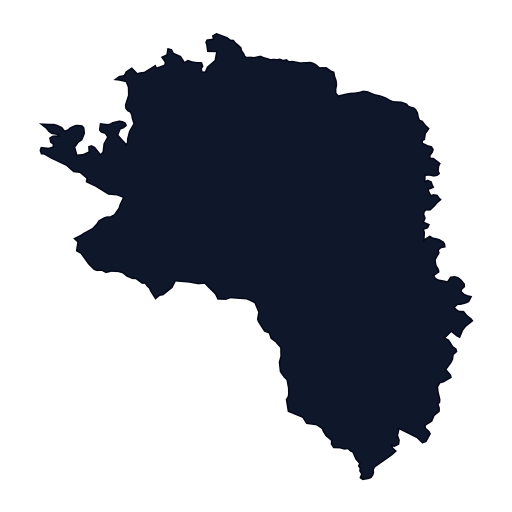 outline of Santo Antônio das Missões, Rio Grande do Sul, Brazil, rotated 271°
{"feature_id": "56859067B65449398596196", "entity_name": "Santo Antônio das Missões", "entity_type": "district", "adm_level": 2, "iso_a3": "BRA", "parent_name": "Brazil", "parent_adm1": "Rio Grande do Sul", "projection": "natural_earth1", "projection_center": [-55.409, -28.458], "detail": "fine", "context": "isolated", "style": "filled", "palette": "ink", "viewbox_px": 512, "rotation_deg": 271, "n_neighbors": 0, "source": "geoboundaries", "source_scale": "gbopen_adm2", "svg_char_len": 5077}
<svg xmlns="http://www.w3.org/2000/svg" viewBox="0 0 512 512"><g transform="rotate(271 256 256)"><path d="M471.1,229.6L471.2,226.6L473.7,223.2L477.5,212.6L475.2,208.9L472.1,210.0L471.0,203.3L468.8,202.3L466.2,203.2L459.8,204.2L459.8,213.3L450.7,211.8L443.9,204.2L438.9,202.2L438.9,198.8L442.3,197.9L444.8,199.4L448.2,198.1L448.3,192.6L448.9,188.5L450.2,184.5L448.0,181.1L454.1,177.0L457.2,169.7L460.7,167.9L461.6,164.4L455.5,163.5L453.1,158.5L448.2,162.1L445.2,161.5L441.9,153.1L444.5,152.0L437.5,141.2L437.1,137.6L436.1,134.0L441.6,128.5L437.8,123.1L434.0,121.2L433.0,116.3L430.0,112.3L429.7,115.6L428.2,123.2L422.6,125.6L414.4,125.9L404.8,123.0L401.3,123.4L399.0,125.4L397.8,128.0L394.5,129.5L391.8,129.9L386.1,131.8L378.4,127.5L370.8,125.7L367.0,125.6L365.0,124.3L374.5,115.5L380.7,117.9L382.0,121.3L384.3,123.9L386.7,122.7L387.9,120.1L388.4,117.0L386.7,110.3L385.1,107.7L384.7,105.2L385.4,98.2L379.3,97.5L377.3,99.1L376.1,103.2L372.4,105.8L365.5,102.2L357.3,101.4L354.3,98.8L358.9,95.0L361.8,92.6L363.2,89.5L362.4,87.0L357.1,87.4L354.3,81.5L353.6,75.1L361.7,72.7L366.8,76.3L369.1,79.7L375.7,82.2L381.1,81.5L383.0,79.7L383.3,76.3L383.3,73.6L382.3,71.3L380.9,68.3L378.6,65.7L377.4,62.4L381.0,59.5L383.1,54.7L383.9,51.7L383.9,45.4L384.1,39.0L380.2,44.2L377.1,46.7L375.0,49.7L374.2,55.5L372.5,57.0L372.2,50.9L370.3,47.9L366.2,48.8L364.5,51.4L361.5,51.4L359.9,46.9L360.6,39.4L357.8,38.5L354.5,39.7L354.4,42.4L350.2,50.1L343.4,65.1L337.3,72.2L336.6,78.7L330.9,85.7L327.3,85.2L323.1,94.6L315.4,107.4L314.8,116.2L312.3,122.7L304.9,119.3L301.5,118.4L294.7,113.8L292.3,109.5L292.4,106.7L291.5,103.8L288.5,98.6L285.0,96.3L280.6,92.4L275.4,83.2L273.9,81.2L270.2,74.2L267.0,77.8L258.1,76.6L255.7,81.1L245.2,88.9L239.8,94.5L238.9,97.1L239.1,102.2L237.0,106.4L238.4,111.5L238.2,118.6L237.0,123.2L233.7,127.3L231.5,132.8L231.4,136.4L226.9,142.7L227.0,145.7L224.0,147.9L222.0,150.2L219.3,151.3L211.7,156.3L215.1,160.2L215.7,163.6L223.1,172.5L229.8,175.7L228.9,189.7L227.4,198.8L228.0,205.4L225.1,208.2L217.3,216.3L212.4,218.7L212.3,226.5L214.0,231.2L213.1,247.5L211.5,251.2L209.3,255.8L199.9,259.9L192.9,258.8L190.6,259.6L181.1,265.9L179.3,270.8L174.0,272.6L170.6,277.4L168.1,279.5L165.0,282.5L156.0,282.8L150.2,281.3L140.8,282.5L135.3,286.6L133.0,289.2L124.8,290.9L118.9,291.2L116.0,290.8L113.0,289.0L101.3,291.1L95.6,305.7L89.6,309.6L88.5,319.3L84.8,325.3L81.8,326.5L77.5,329.3L74.7,332.9L72.9,334.9L69.4,334.7L65.9,337.0L65.8,343.3L64.6,347.8L65.2,351.4L62.7,353.9L61.9,356.2L54.5,359.7L50.3,363.5L47.9,362.3L45.5,364.0L43.0,363.6L39.9,365.6L36.1,364.2L34.5,366.7L35.6,372.3L36.6,374.8L39.1,376.5L41.6,377.2L44.5,376.8L47.3,378.3L59.6,395.1L63.4,399.2L66.2,396.0L69.2,394.8L68.2,397.7L70.4,401.8L74.3,402.3L79.0,400.5L86.0,402.0L81.0,412.6L77.3,420.3L72.2,425.7L73.5,429.1L81.3,433.2L83.5,431.9L86.8,428.3L89.7,427.9L94.0,434.5L99.6,436.7L104.0,441.8L107.2,441.8L110.9,440.4L113.2,442.1L115.9,442.2L123.3,440.3L128.3,439.7L132.4,441.9L133.6,445.7L138.1,453.1L140.4,452.4L145.8,447.6L153.4,453.0L156.4,454.3L160.9,454.7L164.0,458.2L166.6,457.4L168.7,454.2L173.2,451.3L175.4,449.7L177.2,445.8L184.2,452.5L179.6,458.4L178.4,461.0L185.7,463.9L189.4,466.7L195.0,473.5L196.7,472.2L198.2,470.2L200.3,467.5L204.0,464.5L204.2,459.5L206.0,456.9L208.1,455.0L211.2,458.2L211.4,461.5L212.8,466.5L214.2,469.4L216.4,470.5L219.1,471.8L219.8,468.2L221.2,464.7L224.2,461.4L226.6,462.3L228.9,464.8L231.5,464.7L235.3,461.5L237.8,458.3L238.7,455.0L238.1,451.0L233.4,448.0L234.3,443.5L235.0,439.0L236.5,435.8L239.6,433.9L243.3,439.0L245.8,438.5L249.3,436.2L252.1,435.5L255.3,435.1L258.4,436.6L262.2,438.8L265.2,438.0L267.6,440.6L268.5,444.7L271.0,444.3L273.0,443.2L275.5,438.9L276.5,435.0L276.9,432.3L278.7,429.5L276.4,425.9L274.7,423.5L280.4,423.8L282.7,423.8L285.6,422.7L287.3,427.1L290.4,428.4L291.4,425.8L292.7,422.7L296.7,424.3L300.8,422.8L303.4,423.4L305.1,425.0L305.2,429.3L309.4,433.6L312.2,435.8L315.6,439.6L317.2,437.8L319.7,436.1L320.3,432.5L319.3,429.7L322.6,427.9L325.7,426.7L326.7,429.7L327.9,432.1L330.7,430.6L333.0,429.9L334.6,426.4L333.2,423.5L339.8,423.5L340.0,428.3L339.2,432.5L339.9,435.6L341.6,437.7L344.3,436.6L346.5,436.7L349.2,437.0L351.6,438.2L356.6,431.6L356.6,428.4L359.3,427.9L362.8,430.3L365.5,431.2L368.2,429.5L369.1,425.7L371.7,420.2L374.3,420.2L375.5,422.3L381.7,423.1L383.9,424.9L386.4,426.4L389.4,423.1L393.6,419.7L394.4,417.0L398.1,415.6L401.8,414.9L405.1,413.0L406.7,411.1L407.4,408.1L408.4,405.5L410.4,403.9L412.2,398.7L412.6,390.3L413.8,387.2L416.2,382.8L417.6,379.0L418.5,375.8L419.1,372.2L420.3,369.0L422.1,364.5L422.5,360.4L421.2,356.3L420.5,352.4L420.1,347.2L419.1,342.3L417.3,335.5L420.2,332.9L423.9,332.7L428.4,333.5L432.5,333.0L436.8,331.4L441.1,330.5L441.9,328.0L445.4,322.9L445.2,316.0L448.2,312.5L449.6,309.8L450.4,306.9L449.7,297.1L450.5,292.2L451.1,289.4L450.7,285.5L452.6,283.1L451.9,279.5L453.1,276.4L452.6,273.8L452.8,269.9L452.4,267.2L453.5,263.7L454.4,260.0L455.7,257.0L454.2,250.6L454.5,246.9L454.2,243.0L455.6,241.1L458.0,240.1L461.1,237.8L463.9,237.2L466.2,234.7L468.8,231.4L471.1,229.6Z" fill="#0f172a" stroke="#020617" stroke-width="1.5"/></g></svg>